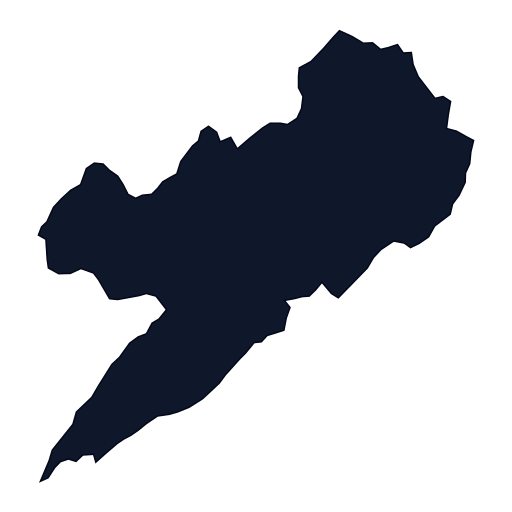 outline of Bom Sucesso de Itararé, São Paulo, Brazil
{"feature_id": "56859067B48651649714430", "entity_name": "Bom Sucesso de Itararé", "entity_type": "district", "adm_level": 2, "iso_a3": "BRA", "parent_name": "Brazil", "parent_adm1": "São Paulo", "projection": "robinson", "projection_center": [-49.173, -24.325], "detail": "fine", "context": "isolated", "style": "filled", "palette": "ink", "viewbox_px": 512, "rotation_deg": 0, "n_neighbors": 0, "source": "geoboundaries", "source_scale": "gbopen_adm2", "svg_char_len": 1866}
<svg xmlns="http://www.w3.org/2000/svg" viewBox="0 0 512 512"><path d="M397.5,44.6L387.9,47.7L380.6,49.4L372.6,42.8L363.2,43.2L352.3,36.6L339.4,30.7L333.4,37.1L323.3,48.7L311.0,61.5L299.3,67.8L298.5,76.2L298.5,87.7L303.0,96.5L301.5,108.6L297.0,118.3L287.5,124.5L280.2,123.2L270.2,123.2L262.5,128.0L249.5,138.4L237.3,148.9L230.7,137.3L220.2,141.8L216.6,132.2L208.5,126.3L201.1,131.3L198.4,141.0L192.6,145.8L180.8,161.4L176.8,173.9L170.4,177.3L162.7,181.8L157.4,188.6L151.6,194.3L142.4,195.2L135.6,198.3L128.0,194.3L123.0,184.4L117.7,176.1L109.3,170.2L103.1,164.0L94.3,163.1L86.4,168.5L80.6,184.6L70.6,190.3L61.4,198.8L53.5,207.3L46.9,221.8L41.6,226.8L38.4,235.1L45.9,239.3L47.2,259.5L48.4,268.0L58.7,273.7L70.3,273.4L80.9,268.5L93.5,273.0L98.5,279.6L109.6,298.7L117.7,299.5L139.0,295.6L146.3,293.5L156.0,296.1L166.5,309.7L158.9,319.1L152.1,323.1L146.4,333.8L138.2,336.9L129.6,343.2L119.5,357.3L111.9,364.4L98.2,386.3L91.8,397.3L76.4,412.0L72.9,424.3L52.3,450.1L49.2,460.5L40.4,481.3L48.1,477.8L54.7,467.6L60.4,461.7L68.4,459.0L76.0,461.4L82.8,455.0L93.6,454.3L95.8,462.2L106.2,452.9L117.2,443.5L123.8,439.0L130.7,435.4L138.2,430.2L146.3,423.6L157.5,416.0L169.4,414.3L177.7,411.9L189.2,407.2L202.6,398.7L219.3,383.1L225.5,374.7L240.0,358.6L245.6,353.0L254.1,342.6L261.4,341.8L267.1,335.5L274.4,333.3L283.9,330.2L286.3,317.9L290.0,307.5L284.4,300.4L293.9,298.7L302.2,296.6L309.2,296.1L315.7,289.8L321.9,282.2L331.4,293.5L338.3,297.8L353.5,282.2L367.3,268.0L373.5,257.5L381.0,249.5L393.7,241.0L404.3,243.1L410.5,247.6L419.3,243.3L428.6,236.9L434.7,226.0L443.0,219.7L450.2,214.2L452.6,204.0L459.1,195.2L465.2,182.3L465.5,173.0L469.7,163.7L470.9,151.7L473.6,140.5L466.0,136.5L456.4,131.1L446.5,128.5L448.4,114.0L450.6,101.5L443.0,96.5L435.0,98.4L426.7,87.7L418.2,76.6L413.1,64.5L411.3,52.5L403.3,53.0L397.5,44.6Z" fill="#0f172a" stroke="#020617" stroke-width="1.5"/></svg>